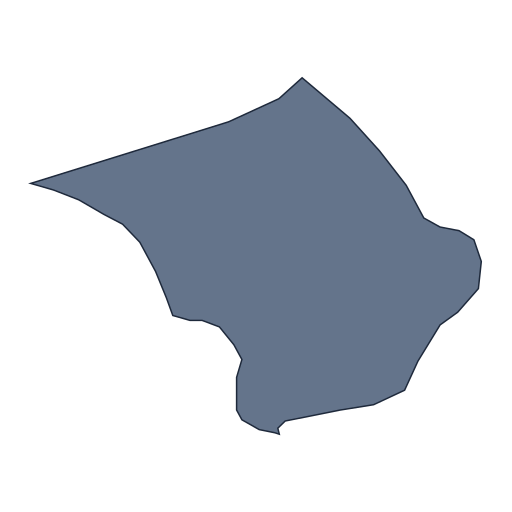 the Municipality of Tearce
{"feature_id": "MKD-2957", "entity_name": "Tearce", "entity_type": "Municipality", "adm_level": 1, "iso_a3": "MKD", "parent_name": "North Macedonia", "parent_adm1": "", "projection": "robinson", "projection_center": [21.028, 42.087], "detail": "fine", "context": "isolated", "style": "filled", "palette": "slate", "viewbox_px": 512, "rotation_deg": 0, "n_neighbors": 0, "source": "natural_earth", "source_scale": "10m", "svg_char_len": 643}
<svg xmlns="http://www.w3.org/2000/svg" viewBox="0 0 512 512"><path d="M171.5,139.6L228.6,121.8L278.9,98.7L302.1,77.8L350.0,118.3L379.5,150.9L406.2,185.3L423.8,218.0L440.0,227.0L459.1,230.7L473.9,239.8L481.3,261.5L478.4,288.6L457.7,312.2L440.1,324.9L417.9,361.2L404.6,390.2L373.6,404.7L339.8,410.1L285.2,421.0L277.8,428.2L279.3,434.2L275.0,432.8L259.2,429.6L241.9,419.8L236.6,410.0L236.6,392.1L236.6,377.4L241.9,359.5L233.9,344.8L219.4,326.9L202.1,320.4L190.0,320.4L172.8,315.5L166.3,297.6L155.6,271.5L139.8,242.2L122.6,224.2L103.9,214.4L78.7,199.8L53.5,190.0L30.7,183.4L171.5,139.6Z" fill="#64748b" stroke="#1e293b" stroke-width="1.5"/></svg>